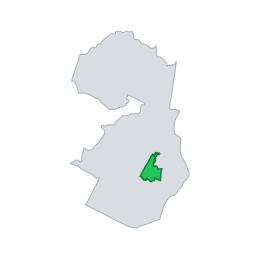 Itezhi-Tezhi, Southern, Zambia (highlighted), rotated 297°
{"feature_id": "96606910B99117639697542", "entity_name": "Itezhi-Tezhi", "entity_type": "district", "adm_level": 2, "iso_a3": "ZMB", "parent_name": "Zambia", "parent_adm1": "Southern", "projection": "mercator", "projection_center": [26.535, -15.924], "detail": "fine", "context": "in_parent", "style": "filled", "palette": "green", "viewbox_px": 256, "rotation_deg": 297, "n_neighbors": 0, "source": "geoboundaries", "source_scale": "gbopen_adm2", "svg_char_len": 6726}
<svg xmlns="http://www.w3.org/2000/svg" viewBox="0 0 256 256"><g transform="rotate(297 128 128)"><path d="M166.7,166.4L156.7,166.4L153.0,167.2L150.0,168.5L146.5,170.4L144.4,171.8L143.8,172.5L143.6,174.2L143.6,176.7L143.2,178.6L142.1,180.3L136.7,182.3L133.2,184.0L129.7,186.0L127.0,188.6L125.2,191.7L122.3,195.7L116.0,202.7L112.4,204.0L109.3,203.7L105.7,202.2L102.8,202.0L100.6,202.9L98.6,202.6L96.8,201.1L95.3,200.6L94.0,201.0L92.4,200.9L89.5,200.1L87.0,197.6L85.7,196.5L84.6,196.2L81.7,195.7L74.8,195.2L67.6,196.4L61.4,197.7L55.0,192.1L48.8,186.2L47.5,184.7L45.2,182.7L43.5,181.8L42.9,181.3L41.2,176.1L40.3,171.3L40.3,125.4L68.3,125.4L70.1,125.2L70.2,124.8L68.9,122.3L68.9,121.5L69.3,119.8L70.5,116.5L70.6,115.4L70.0,111.9L70.1,109.9L70.4,105.8L70.2,104.5L70.9,102.7L71.1,101.4L71.3,100.9L71.0,99.6L70.5,94.8L70.1,92.8L71.8,93.1L72.4,94.1L72.7,95.1L73.5,95.2L75.5,95.8L76.1,96.7L76.6,98.6L76.3,99.6L75.7,100.4L76.3,101.1L77.7,101.6L78.4,101.4L80.7,100.1L82.8,99.6L83.8,99.3L88.4,98.4L89.4,98.0L90.0,98.0L90.5,98.4L90.0,99.7L89.9,100.9L90.5,103.2L90.9,104.3L91.9,105.0L92.6,105.4L93.3,106.3L95.0,106.1L98.5,107.3L99.6,107.8L101.1,108.4L102.1,108.6L105.8,109.0L109.6,109.6L111.6,109.7L113.0,109.5L114.0,109.2L114.6,108.8L114.9,108.5L116.4,104.2L117.1,103.8L118.1,103.6L118.6,104.0L119.3,106.7L122.0,109.2L123.0,111.3L123.7,113.0L124.3,113.5L125.4,114.1L127.0,114.4L128.6,114.4L136.1,117.5L136.9,118.0L137.8,119.6L138.4,121.5L139.0,122.9L139.9,123.2L140.8,123.3L141.7,124.3L142.3,125.1L144.5,128.7L144.8,130.2L145.9,131.1L147.4,131.5L148.7,131.6L149.5,131.1L151.4,130.4L152.9,129.6L154.0,129.3L154.7,129.4L155.2,130.0L155.5,131.8L156.6,132.4L157.3,132.2L157.7,131.5L157.7,131.1L157.6,112.4L157.0,112.6L156.1,113.1L154.1,113.2L153.3,113.6L153.1,114.1L153.3,114.9L153.3,116.0L153.0,116.5L152.1,116.7L150.9,116.3L148.6,115.7L146.7,115.4L145.3,114.0L143.5,111.9L142.3,110.8L139.3,108.6L138.8,108.2L137.9,107.2L137.2,105.4L136.5,103.4L136.1,102.1L136.8,100.2L138.5,93.7L138.9,91.7L140.3,89.7L140.4,87.9L139.8,85.5L140.0,84.2L140.2,76.9L139.8,74.6L138.8,72.0L136.7,68.4L136.7,67.7L140.0,65.3L140.9,64.5L142.6,62.6L143.8,61.0L144.5,59.7L144.7,58.0L144.2,56.4L145.3,56.1L172.0,52.0L172.4,53.1L173.2,54.9L174.1,56.2L175.3,57.4L176.2,58.1L176.9,58.3L181.0,58.3L182.5,59.0L183.8,59.9L184.1,61.3L184.9,62.2L185.8,62.9L186.2,62.9L186.9,62.8L188.0,62.8L189.0,63.1L189.5,63.4L189.6,64.5L189.9,65.1L191.3,65.3L192.7,65.4L194.1,66.1L195.5,66.3L197.3,66.6L198.1,67.5L199.9,68.4L202.1,69.1L204.6,70.4L204.6,70.8L205.0,71.6L205.5,72.2L205.5,73.0L205.7,73.7L206.3,73.9L206.8,73.9L207.3,73.4L208.0,73.4L208.7,73.8L209.0,74.6L209.5,75.8L210.4,76.6L211.0,77.4L210.8,78.8L210.4,80.0L211.7,81.3L213.3,82.5L213.7,83.0L213.8,84.8L214.1,85.4L215.2,86.9L215.7,87.9L215.7,88.5L212.7,91.4L210.9,91.9L210.2,92.5L209.7,93.1L210.8,96.0L211.5,97.1L210.9,98.5L209.8,100.9L209.3,101.1L209.2,102.9L209.5,103.6L210.1,104.1L210.3,105.3L210.3,108.3L209.5,111.8L210.9,114.8L211.3,115.1L213.1,115.1L213.5,115.4L213.0,116.2L211.7,117.6L209.4,118.6L206.1,119.7L205.4,120.8L204.9,122.4L205.3,123.3L205.8,123.9L205.6,125.3L205.3,126.7L205.4,127.9L205.3,128.9L204.8,129.4L204.3,130.9L203.5,132.5L203.0,133.2L202.1,133.9L200.8,134.5L200.8,134.8L202.3,135.6L202.7,136.0L202.9,136.4L202.2,137.2L202.9,137.6L203.8,138.0L204.6,139.1L205.5,141.0L205.9,141.2L206.4,141.0L207.3,140.2L208.0,140.0L208.8,141.1L194.8,145.9L191.6,146.9L186.7,148.5L185.1,149.2L183.8,149.8L170.8,153.6L168.8,154.3L164.2,156.2L164.1,156.5L164.1,157.4L164.5,159.2L165.3,160.9L166.0,161.8L166.4,164.2L166.7,166.4Z" fill="#d9dde1" stroke="#a8b0b8" stroke-width="1"/><path d="M119.8,167.6L118.6,163.7L115.4,163.6L115.8,161.7L114.8,161.7L113.1,161.5L111.8,161.5L106.5,161.4L105.9,161.4L100.8,160.9L97.0,160.9L93.2,160.8L90.4,160.8L90.5,161.1L90.6,161.3L90.7,161.6L90.8,161.6L90.8,161.8L90.7,161.9L90.5,162.1L90.3,162.2L90.2,162.4L90.4,162.6L90.4,162.8L90.3,163.0L90.3,163.4L90.0,163.7L89.9,163.7L89.7,163.6L89.4,163.7L89.3,163.8L89.3,164.0L89.5,164.2L89.9,164.4L89.9,164.5L89.7,164.7L89.5,164.9L89.4,165.0L89.2,165.2L88.9,165.6L89.1,165.7L89.1,165.8L89.4,165.9L89.6,166.0L89.8,166.3L89.9,166.5L89.8,166.9L89.3,167.2L89.5,167.4L89.7,167.6L90.0,168.1L90.3,168.2L90.5,168.1L90.8,167.9L91.0,167.5L91.1,167.4L91.2,167.5L91.7,167.9L91.6,168.1L91.7,168.3L91.6,168.5L91.5,168.8L91.4,169.0L91.4,169.3L91.5,169.4L91.5,169.5L91.4,169.8L91.3,170.0L91.2,170.1L91.1,170.4L91.0,170.5L90.9,170.8L91.0,171.2L90.9,171.3L90.7,171.5L90.6,171.8L90.4,172.2L90.4,172.4L90.5,172.7L90.6,172.8L90.9,172.9L91.1,173.2L91.1,173.3L91.5,173.2L91.7,173.3L91.9,173.3L92.2,173.5L92.3,173.8L92.4,174.0L92.7,174.3L92.8,174.7L92.9,174.8L93.0,175.0L93.4,174.8L93.6,174.8L94.1,175.0L94.4,174.9L94.6,174.9L94.8,174.8L95.3,174.9L95.7,174.8L95.8,174.8L95.9,175.0L95.8,175.3L95.8,175.5L96.0,175.6L96.0,176.0L95.9,176.2L95.7,176.3L95.6,176.5L95.7,176.8L95.8,176.8L95.8,177.0L95.7,177.0L95.9,177.4L96.0,177.5L95.9,177.8L95.7,177.9L95.7,178.1L95.6,178.3L95.7,178.5L95.8,178.5L95.6,179.0L95.6,179.4L95.6,179.7L95.8,179.8L96.0,180.0L95.8,180.2L95.8,180.4L95.8,180.5L95.9,180.8L102.9,177.6L107.0,176.6L106.7,176.1L105.1,173.6L105.4,173.2L106.3,172.0L106.5,171.9L106.7,171.7L106.7,171.4L106.7,171.2L106.6,170.6L106.6,170.1L106.5,169.7L106.4,169.5L106.4,169.4L106.3,169.2L106.2,168.9L106.0,168.6L105.9,168.4L105.7,168.2L105.5,167.9L105.7,167.7L106.1,167.7L106.4,167.8L106.5,167.8L106.6,167.7L106.8,167.5L107.0,167.3L106.9,167.2L107.1,167.1L107.3,167.0L107.4,166.9L107.7,166.8L107.9,166.8L108.0,166.8L108.3,166.6L108.6,166.6L108.9,166.5L109.0,166.4L109.3,166.6L109.3,166.8L109.3,167.1L109.3,167.3L109.5,167.3L109.8,167.2L110.0,166.9L110.3,167.1L110.2,167.2L110.4,167.2L110.5,167.3L110.6,167.2L110.8,167.2L110.8,166.9L111.1,167.1L111.1,166.7L111.2,166.8L111.3,166.9L111.5,167.0L111.6,166.9L111.9,166.8L111.9,166.7L112.0,166.7L112.1,166.8L112.4,166.7L112.5,166.7L112.8,166.7L113.0,166.7L113.1,166.3L113.0,166.1L112.9,166.0L112.8,165.9L113.0,165.9L113.1,166.0L113.1,165.9L113.3,166.0L113.4,165.9L113.3,165.7L113.5,165.5L113.9,165.4L114.0,165.3L114.3,165.3L114.3,165.2L114.5,165.2L114.6,165.3L114.8,165.4L114.8,165.2L114.9,165.3L115.0,165.3L115.1,165.2L115.1,165.4L115.1,165.5L115.3,165.6L115.2,165.7L115.3,165.7L115.3,165.8L115.4,166.0L115.5,166.1L115.6,165.9L115.7,165.7L115.8,165.7L116.0,165.7L116.1,165.8L116.2,165.7L116.3,165.7L116.6,165.5L116.8,165.7L117.0,165.7L116.9,165.8L117.0,165.9L117.1,166.0L117.3,166.1L117.5,166.2L117.8,165.9L117.9,166.1L118.1,166.2L118.0,166.3L118.2,166.5L118.1,166.8L118.2,167.0L118.3,166.9L118.4,167.0L118.5,167.1L118.5,167.3L118.7,167.5L118.8,167.7L118.7,167.8L118.9,167.9L119.0,167.8L119.1,167.7L119.3,167.7L119.5,167.7L119.6,167.8L119.7,167.7L119.8,167.6L119.8,167.6Z" fill="#22c55e" stroke="#15803d" stroke-width="1.5"/></g></svg>